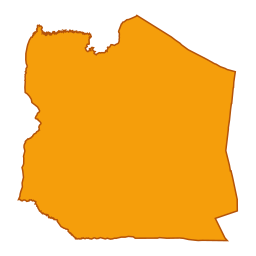 Serengeti, Mara, United Republic of Tanzania
{"feature_id": "72390352B48676394939092", "entity_name": "Serengeti", "entity_type": "district", "adm_level": 2, "iso_a3": "TZA", "parent_name": "United Republic of Tanzania", "parent_adm1": "Mara", "projection": "orthographic", "projection_center": [34.487, -1.957], "detail": "fine", "context": "isolated", "style": "filled", "palette": "amber", "viewbox_px": 256, "rotation_deg": 0, "n_neighbors": 0, "source": "geoboundaries", "source_scale": "gbopen_adm2", "svg_char_len": 5404}
<svg xmlns="http://www.w3.org/2000/svg" viewBox="0 0 256 256"><path d="M235.3,71.7L227.1,69.5L225.3,68.5L220.3,66.7L216.1,64.2L214.5,63.7L206.9,59.4L188.3,49.8L181.6,44.9L179.8,43.1L175.4,40.1L171.4,37.0L136.8,15.4L136.1,16.3L132.1,18.1L128.7,19.5L126.9,19.7L124.2,21.8L122.6,22.3L122.1,23.6L121.4,24.0L118.6,31.4L118.8,32.3L119.3,32.8L119.4,35.0L119.2,36.0L119.4,37.4L119.1,40.0L119.3,40.9L118.3,43.3L115.6,44.6L114.5,45.4L112.2,44.7L111.0,44.7L109.8,46.9L108.9,47.5L107.9,47.1L107.5,47.4L107.9,48.5L107.8,49.0L107.1,49.8L107.1,51.3L105.8,50.7L105.4,52.0L104.4,52.7L101.2,52.7L100.5,53.0L99.8,52.7L98.9,52.8L98.4,53.3L97.3,53.6L96.2,54.8L94.1,53.4L94.2,52.6L95.1,51.6L93.6,51.2L92.5,49.5L92.7,48.8L93.5,47.7L91.9,47.4L90.3,48.9L89.5,48.7L89.5,49.4L90.7,50.0L90.9,50.5L89.4,50.5L87.9,51.6L86.9,51.0L86.2,50.3L85.4,48.1L85.4,47.7L87.2,46.6L86.6,45.7L87.2,44.3L87.8,44.1L88.9,44.3L89.2,43.7L89.0,39.3L89.9,38.1L89.3,37.5L89.4,37.1L89.7,36.9L90.2,37.4L91.2,36.8L91.2,36.3L90.2,34.6L90.4,34.3L89.7,34.0L89.4,33.5L88.8,34.6L87.3,33.2L86.1,34.0L85.5,33.7L84.8,34.1L84.7,33.5L84.1,33.8L83.6,33.0L82.9,33.9L82.5,33.5L82.6,33.0L82.9,32.8L82.3,32.3L81.4,32.5L80.6,32.0L80.1,32.5L79.9,32.0L79.5,31.8L78.6,32.0L78.4,32.6L77.2,32.6L76.3,32.2L76.3,31.9L77.0,32.0L77.0,31.4L76.6,31.1L75.7,31.5L75.0,31.3L74.4,31.8L74.2,32.4L73.8,32.6L73.6,32.1L72.6,32.3L72.3,31.9L72.3,31.2L72.9,31.0L72.7,30.6L71.6,31.2L70.6,30.6L70.9,31.6L70.3,31.5L70.3,31.0L69.7,30.8L69.6,31.4L69.1,31.7L68.8,31.5L68.6,32.0L67.2,31.2L65.6,32.0L65.2,31.8L65.5,31.4L65.3,31.1L65.6,30.2L64.9,30.4L65.0,30.8L64.4,31.3L64.2,30.8L63.4,30.5L64.1,31.6L63.7,31.7L63.6,32.0L63.2,31.2L62.7,31.6L62.7,32.0L62.0,31.9L61.5,32.2L61.3,31.7L61.1,32.1L60.7,31.9L60.6,31.5L60.1,31.8L60.2,31.3L59.2,31.3L59.3,31.8L58.7,31.9L59.0,31.0L59.5,31.0L58.9,30.8L58.6,31.7L58.3,31.5L57.9,31.8L58.5,31.9L58.5,32.5L58.0,32.5L57.7,32.8L57.0,32.7L57.0,33.3L56.5,33.7L56.5,33.4L55.8,33.3L55.3,32.9L55.1,33.1L55.5,33.3L55.2,33.6L54.7,33.3L54.6,33.5L54.4,33.0L54.8,32.8L54.5,32.7L54.7,32.1L54.5,31.7L53.8,31.8L53.9,32.3L53.5,32.7L53.0,31.9L52.7,32.3L52.7,33.4L52.4,33.3L52.4,33.6L51.5,33.8L51.1,33.6L51.2,34.4L50.6,34.0L50.4,34.7L50.0,34.6L49.9,34.8L49.2,34.2L49.8,33.7L49.6,33.2L49.1,33.1L49.5,32.7L49.1,32.5L48.6,32.7L48.4,32.2L47.1,32.6L46.7,32.3L46.4,32.7L46.9,33.2L47.3,33.2L47.0,33.5L47.3,33.9L47.0,34.5L46.8,34.3L46.7,34.6L46.1,34.5L46.6,35.0L46.2,35.4L45.8,35.4L46.0,35.8L45.3,34.9L45.7,34.8L45.8,34.4L45.4,34.2L45.6,33.9L45.1,33.2L43.9,34.0L43.5,33.9L44.1,32.8L43.8,32.8L43.9,32.3L43.6,32.2L43.2,32.6L42.9,32.1L42.6,32.1L42.3,32.6L42.3,31.3L42.5,31.1L41.4,29.7L41.6,28.6L41.9,28.5L42.2,27.6L41.4,26.3L40.0,25.9L39.7,26.2L39.2,25.2L38.7,25.6L37.6,25.4L37.4,25.9L37.6,27.5L36.8,28.8L37.1,29.6L36.6,30.0L37.2,31.1L36.4,32.0L35.8,31.8L35.0,32.1L35.0,32.8L34.5,32.5L33.6,33.2L34.2,33.6L33.4,33.7L33.3,34.6L33.8,34.6L33.8,34.9L33.3,35.5L32.8,35.4L32.3,37.1L31.2,37.2L29.5,40.0L27.7,44.8L27.1,47.3L25.9,53.5L25.8,59.8L26.2,63.3L27.2,65.8L27.0,67.3L26.1,68.4L26.0,70.8L25.3,71.8L26.2,72.8L25.1,74.6L25.3,75.1L25.1,76.9L25.3,79.3L24.9,80.3L25.3,81.3L24.9,87.4L25.2,92.5L27.2,93.8L29.4,96.2L31.3,99.3L31.9,102.5L37.6,107.0L39.4,110.2L39.6,110.9L39.3,111.9L37.5,113.3L36.9,115.1L36.1,116.1L35.3,118.0L35.8,118.7L37.9,119.3L38.2,120.3L39.7,121.3L41.0,123.1L40.8,123.9L39.5,125.3L38.8,127.1L39.2,128.1L39.1,129.3L39.4,130.0L38.5,130.3L38.1,131.1L36.8,131.7L35.8,133.2L34.1,134.0L32.9,135.5L32.5,136.5L31.3,137.2L30.7,138.1L29.5,138.4L28.6,139.1L28.0,138.8L26.0,140.7L25.3,141.4L25.5,142.6L25.0,143.0L24.1,145.1L24.0,147.3L24.9,151.0L23.5,156.3L23.8,158.2L23.7,163.6L23.2,165.3L22.0,167.5L22.8,171.0L23.5,177.4L22.1,183.0L22.4,187.0L20.8,191.5L20.1,194.3L19.9,196.4L18.7,199.1L19.1,198.9L19.6,199.2L19.5,199.5L20.0,199.4L21.3,200.7L21.8,200.5L22.5,200.8L23.3,200.1L24.4,200.0L25.5,200.3L26.8,201.4L29.0,200.9L29.0,200.3L29.7,199.8L30.0,200.1L31.5,199.8L31.9,200.5L32.5,200.9L33.5,200.4L34.1,201.0L35.7,201.6L35.9,201.8L35.2,203.8L35.7,203.7L36.5,204.6L37.0,205.7L36.9,206.3L37.6,206.6L38.2,208.5L39.1,209.8L39.5,210.9L40.3,211.4L40.7,211.3L40.6,211.6L41.6,212.9L42.4,213.1L42.5,213.5L43.0,213.1L43.3,213.6L45.9,214.6L46.3,215.2L46.6,214.8L46.8,215.1L47.1,214.6L47.9,214.8L48.4,216.2L48.9,216.6L48.5,217.0L48.9,217.7L50.3,217.6L50.5,217.9L50.8,217.7L51.1,218.0L51.6,217.4L52.2,218.0L52.8,218.0L52.7,218.4L53.7,218.3L54.2,219.0L53.9,219.3L54.1,219.6L54.7,219.5L56.3,219.8L57.0,219.7L57.5,220.6L57.3,221.3L61.0,226.5L63.9,228.2L64.9,228.4L65.9,229.1L66.9,229.1L67.8,229.5L68.2,229.9L68.2,231.4L68.8,231.8L69.7,233.0L70.5,232.9L70.6,233.6L71.1,233.7L71.3,234.4L71.7,234.3L72.0,235.1L72.5,234.9L73.5,236.4L75.7,237.9L75.2,238.1L75.5,238.8L78.0,238.9L78.9,238.5L79.4,238.9L80.5,238.9L81.3,238.8L81.4,238.2L81.9,238.1L82.3,238.4L83.2,237.9L83.4,238.2L85.1,238.7L86.3,238.1L87.9,238.3L88.5,238.0L89.3,238.6L91.6,239.0L93.9,237.9L94.7,237.9L96.3,238.6L98.1,238.5L100.4,237.6L105.3,238.9L107.4,238.2L110.3,239.1L112.4,238.9L114.6,238.2L116.1,238.3L121.4,237.1L125.3,237.1L128.4,236.4L133.3,236.8L135.2,238.2L157.6,238.1L159.4,237.6L166.7,238.2L179.8,238.0L183.3,238.3L188.7,239.5L198.1,240.5L202.3,240.3L227.3,240.6L224.9,237.9L215.3,218.4L237.3,210.9L237.2,199.4L232.4,176.6L231.0,170.8L230.4,170.9L229.4,165.2L225.8,150.7L228.4,128.8L228.3,128.0L229.5,120.0L230.6,109.2L231.4,103.4L231.7,103.4L233.2,87.9L233.5,87.6L233.8,82.0L235.3,71.7Z" fill="#f59e0b" stroke="#b45309" stroke-width="1.5"/></svg>